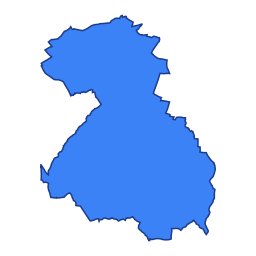 the district of Miercurea Sibiului, Sibiu, Romania
{"feature_id": "2599482B78726176605362", "entity_name": "Miercurea Sibiului", "entity_type": "district", "adm_level": 2, "iso_a3": "ROU", "parent_name": "Romania", "parent_adm1": "Sibiu", "projection": "albers", "projection_center": [23.786, 45.868], "detail": "fine", "context": "isolated", "style": "filled", "palette": "blue", "viewbox_px": 256, "rotation_deg": 0, "n_neighbors": 0, "source": "geoboundaries", "source_scale": "gbopen_adm2", "svg_char_len": 5709}
<svg xmlns="http://www.w3.org/2000/svg" viewBox="0 0 256 256"><path d="M196.2,223.9L198.6,225.1L199.3,226.0L199.4,227.1L199.6,227.3L200.8,228.1L202.8,228.7L203.2,229.6L204.1,230.6L204.2,231.3L204.9,232.6L206.2,234.5L208.1,231.9L208.2,231.2L208.1,230.4L206.6,227.5L206.2,226.5L205.4,224.9L205.1,223.5L205.1,222.5L206.2,218.8L207.0,217.5L208.2,216.4L208.2,215.7L208.7,215.5L209.9,212.3L209.7,211.7L208.9,210.1L209.0,208.7L209.8,206.5L211.0,205.0L212.9,202.1L213.3,199.8L214.0,199.1L214.4,197.9L214.4,193.0L214.9,189.6L214.8,189.2L213.2,188.6L212.2,185.6L211.4,184.7L209.7,181.6L209.5,181.0L210.0,180.2L210.9,179.0L211.1,178.4L211.7,178.1L213.0,176.7L214.3,173.5L215.3,169.1L214.8,165.3L214.4,164.3L213.9,163.8L214.1,163.0L211.6,160.8L210.4,159.4L207.7,155.6L206.9,154.2L206.3,152.6L203.2,152.6L200.0,152.1L200.2,150.2L200.1,147.0L197.9,146.7L198.0,142.7L198.0,139.4L197.9,138.9L194.4,138.7L194.0,136.4L194.3,136.3L194.2,135.6L193.0,132.0L192.7,132.2L191.7,130.7L190.6,131.3L189.6,130.6L189.2,129.9L189.1,129.0L188.6,128.5L188.4,128.1L187.4,127.7L186.9,127.9L185.1,126.2L185.1,124.8L185.9,124.0L186.1,123.0L185.8,122.4L185.3,122.0L185.5,121.4L185.1,120.8L185.1,120.4L185.6,119.3L185.3,118.8L185.4,117.7L183.3,117.8L182.4,117.4L181.7,117.5L180.9,117.1L177.8,117.2L176.5,117.5L175.0,119.9L172.9,119.1L174.0,117.0L169.7,116.3L170.1,114.9L170.0,114.6L165.7,113.2L167.4,109.2L168.2,106.6L169.5,101.9L162.6,100.6L160.7,100.8L160.9,100.1L161.0,99.1L160.8,98.7L160.9,97.8L161.2,97.5L158.8,96.7L154.0,94.0L153.3,93.3L158.1,79.8L160.0,73.4L164.2,73.7L166.2,73.4L169.6,73.5L167.9,69.2L167.6,68.8L167.0,67.6L166.6,63.8L166.8,63.2L166.7,62.7L167.1,60.1L162.0,59.0L158.6,58.6L156.9,57.8L154.9,56.3L153.3,55.0L153.2,54.5L151.4,53.1L152.5,50.8L154.3,48.0L157.8,43.0L159.2,41.4L159.7,38.9L159.3,37.7L158.1,37.6L157.1,37.1L153.8,36.2L151.3,37.6L150.0,36.9L146.6,36.2L147.1,34.7L142.6,35.2L142.3,34.8L139.8,34.6L139.7,34.3L138.2,33.4L137.7,32.5L136.6,31.3L136.5,31.1L136.8,30.7L136.4,30.2L138.6,28.9L139.5,27.2L140.7,26.1L141.8,24.8L142.0,24.4L141.8,24.0L138.7,25.1L131.9,26.6L131.9,26.1L132.5,24.8L133.1,22.1L129.1,19.9L126.5,18.0L126.3,17.9L126.5,17.5L126.2,17.1L126.2,16.5L125.4,16.3L122.6,17.2L122.3,15.6L122.0,15.4L120.6,16.3L119.6,18.4L117.2,18.2L115.1,18.4L112.6,20.1L111.4,20.6L110.3,22.4L109.4,22.9L102.3,23.6L100.5,23.6L97.9,24.4L96.3,24.4L93.1,25.1L91.2,25.9L86.7,28.9L82.5,30.7L73.7,28.8L73.2,29.4L72.3,29.4L72.0,29.0L70.7,26.7L69.9,28.0L67.8,29.8L66.4,30.6L64.3,31.4L61.1,36.0L58.2,38.3L58.1,38.8L52.9,39.6L51.7,39.5L51.0,39.9L48.4,42.0L52.0,46.5L49.5,47.3L45.0,50.0L47.9,53.5L50.4,55.9L51.2,56.3L51.7,56.9L45.8,60.7L42.8,62.3L41.3,63.4L42.4,65.1L41.3,65.8L41.4,66.2L42.3,67.6L42.6,68.5L43.8,71.0L45.5,73.4L54.3,79.6L59.0,79.9L61.6,80.8L63.6,82.1L64.4,83.8L68.4,90.5L69.9,93.6L70.7,95.8L71.6,95.6L71.7,95.1L72.1,95.4L72.7,95.2L73.3,95.3L73.5,95.1L73.5,94.6L74.8,94.1L74.8,93.9L74.5,93.6L74.8,93.2L75.3,93.2L75.7,93.5L76.4,93.0L77.6,93.0L80.0,93.2L80.3,93.4L80.7,92.9L81.5,92.2L82.3,92.4L83.3,92.0L83.5,91.7L83.8,91.6L84.1,91.6L84.3,92.1L84.7,92.3L85.6,92.4L86.5,91.9L87.9,91.4L88.2,90.7L88.7,90.7L89.4,90.2L90.5,90.2L91.5,89.5L92.3,89.7L92.6,90.0L92.4,91.4L92.5,92.6L93.7,92.1L94.8,92.4L95.8,97.2L96.4,97.4L97.8,99.1L99.5,102.0L101.2,104.2L99.8,105.8L98.3,107.1L96.4,108.3L94.8,108.6L93.9,109.7L93.4,109.9L92.7,110.7L92.0,111.1L91.1,112.5L91.0,113.2L90.3,113.9L90.2,114.6L90.0,115.0L89.5,115.3L88.0,115.5L87.0,116.6L86.7,117.5L86.1,118.4L86.4,119.9L86.3,120.8L86.4,121.4L85.3,121.9L83.3,123.4L82.2,124.8L80.9,125.9L79.4,126.5L79.2,127.1L78.3,128.0L77.7,129.4L77.7,129.8L76.3,130.7L76.1,131.3L76.1,131.9L75.7,132.2L75.6,133.0L75.3,133.5L74.5,134.3L72.5,135.3L72.3,135.7L70.1,137.2L67.8,139.4L67.6,140.3L67.1,140.7L66.9,141.8L66.4,142.5L65.8,142.8L64.6,144.3L64.4,145.0L64.1,145.4L63.4,145.9L63.7,146.5L63.1,147.5L63.4,148.2L62.5,149.4L61.6,151.3L61.2,151.6L59.6,152.1L59.4,152.5L58.3,153.5L58.2,154.4L58.5,155.0L58.2,156.7L54.6,158.1L54.1,158.7L53.2,160.6L52.0,162.8L51.3,164.4L51.2,165.3L50.0,168.4L48.6,170.4L48.1,172.1L48.5,173.9L48.4,174.8L46.5,173.3L45.3,171.7L44.1,169.4L41.2,165.0L40.9,164.9L40.7,167.5L40.8,167.8L41.2,167.9L41.3,168.6L41.1,170.2L41.3,172.9L41.3,177.6L41.1,180.0L41.9,180.1L42.6,180.6L43.3,181.6L43.5,182.4L46.1,182.2L47.8,182.9L48.5,183.4L48.1,186.0L48.1,187.6L48.6,190.0L49.8,193.1L50.8,197.4L56.6,198.1L56.7,197.5L58.6,197.9L64.1,197.2L67.0,194.2L69.5,192.9L70.7,193.9L71.3,194.7L72.0,196.5L72.1,197.3L73.1,199.1L73.2,199.9L73.5,200.5L75.2,201.5L75.6,202.0L76.0,203.2L75.8,205.4L76.5,205.7L78.4,205.8L80.1,206.1L80.5,206.3L90.1,220.8L90.9,220.9L92.7,220.5L96.8,218.9L98.4,218.6L99.1,221.2L99.5,220.3L100.4,219.5L101.9,219.7L103.6,218.3L105.0,218.0L108.8,219.2L109.2,218.9L110.1,219.0L110.5,218.4L111.6,218.3L112.1,217.7L113.7,218.9L117.0,219.4L117.6,220.4L118.6,221.0L121.0,219.7L123.0,219.2L123.5,219.2L125.4,220.3L126.0,218.3L127.1,218.2L127.5,217.8L128.9,218.1L130.0,217.9L132.0,217.2L132.7,216.7L135.1,219.8L135.5,219.8L137.0,221.1L140.2,222.5L139.6,223.8L138.7,225.3L138.4,228.0L139.2,229.3L142.0,231.7L142.6,232.4L143.3,232.7L145.0,234.1L145.3,234.6L145.3,235.4L146.1,235.6L146.9,236.3L147.6,237.9L147.7,238.7L148.5,239.5L148.8,240.6L149.7,240.6L149.7,239.0L150.0,238.6L151.3,239.5L153.0,239.4L155.7,238.7L158.3,238.6L160.6,238.9L163.1,239.6L165.9,239.9L168.6,239.7L171.0,239.1L171.2,238.4L171.1,235.9L171.4,234.8L171.5,232.8L171.9,231.4L171.6,228.6L174.4,228.6L175.7,228.3L178.2,228.6L179.8,229.3L180.7,230.3L181.7,229.6L182.2,228.5L182.5,228.1L184.1,227.2L185.6,226.8L186.8,225.3L187.2,224.4L187.7,224.1L188.6,224.0L189.2,223.3L191.5,222.0L192.2,221.8L193.5,220.2L193.9,220.4L194.4,221.3L195.4,222.1L195.9,222.9L196.2,223.9Z" fill="#3b82f6" stroke="#1e3a8a" stroke-width="1.5"/></svg>